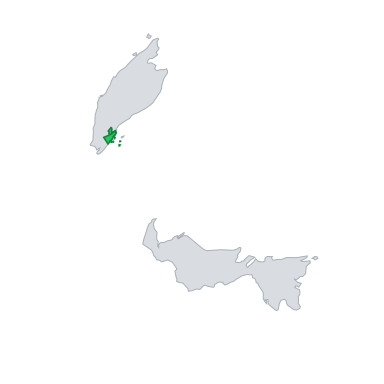 location of Mersing, Johor, Malaysia, rotated 57°
{"feature_id": "92858781B22606211621135", "entity_name": "Mersing", "entity_type": "district", "adm_level": 2, "iso_a3": "MYS", "parent_name": "Malaysia", "parent_adm1": "Johor", "projection": "equal_earth", "projection_center": [104.05, 2.354], "detail": "fine", "context": "in_parent", "style": "filled", "palette": "green", "viewbox_px": 384, "rotation_deg": 57, "n_neighbors": 0, "source": "geoboundaries", "source_scale": "gbopen_adm2", "svg_char_len": 6243}
<svg xmlns="http://www.w3.org/2000/svg" viewBox="0 0 384 384"><g transform="rotate(57 192 192)"><path d="M321.6,190.6L319.6,190.1L316.8,187.8L314.0,187.0L305.9,187.0L304.7,186.3L303.1,187.6L300.2,186.4L298.6,186.6L296.8,188.0L294.2,186.7L293.0,188.8L291.4,190.1L289.6,195.5L289.3,202.1L289.6,206.1L288.8,208.4L288.5,213.0L287.9,215.0L285.6,215.8L284.6,215.2L282.5,218.0L282.0,219.1L282.0,223.6L283.6,225.0L283.5,226.0L280.2,229.7L277.3,231.8L276.8,233.7L278.0,237.6L277.5,239.5L276.0,240.4L274.9,245.5L273.5,248.7L272.9,249.0L270.9,248.0L263.2,249.4L260.9,252.0L258.7,253.6L257.0,252.1L256.1,252.2L248.9,249.4L248.6,246.9L247.9,246.5L240.4,246.7L235.8,249.3L234.1,255.6L231.6,256.3L229.8,258.5L226.6,258.2L224.6,258.8L221.5,257.8L218.5,257.6L209.0,261.7L205.9,258.8L196.7,247.5L195.4,245.5L195.1,242.0L194.0,241.4L193.7,240.5L193.5,239.4L195.0,236.6L196.4,240.3L198.7,242.3L202.7,243.7L206.5,243.2L211.7,246.9L213.4,247.5L215.2,247.3L218.4,250.1L220.4,250.2L217.8,248.3L217.3,246.7L217.6,245.1L219.3,242.8L219.6,239.3L220.9,235.8L221.1,234.2L220.2,233.0L220.0,230.8L220.7,227.8L222.4,229.4L223.9,229.0L223.9,223.6L225.0,221.2L226.8,219.6L244.5,214.2L247.5,212.9L249.4,211.3L255.8,199.8L263.4,189.0L264.4,185.2L264.3,182.5L264.7,181.9L265.6,181.5L267.2,182.9L268.1,184.0L269.7,188.6L271.2,188.7L273.7,193.2L274.3,193.7L275.0,193.4L277.0,190.6L277.5,188.5L277.1,188.2L278.0,185.8L277.2,184.3L276.4,178.8L280.9,174.9L280.9,179.4L282.2,185.8L284.5,186.8L285.6,186.4L285.0,184.4L284.7,180.6L284.1,178.1L282.7,174.9L286.4,174.2L289.3,170.7L289.7,168.6L287.8,167.3L287.1,165.6L287.1,163.9L290.0,159.8L290.3,161.0L292.2,161.3L293.1,161.2L294.3,159.6L295.0,157.2L297.2,153.8L298.4,148.5L304.0,140.1L308.4,130.1L309.3,130.9L309.6,133.6L308.7,138.3L310.6,137.1L314.0,130.5L316.0,131.6L315.9,133.4L316.7,136.8L322.3,141.1L323.2,145.4L321.9,147.1L322.4,151.2L322.0,152.6L320.2,153.8L325.2,152.6L328.1,150.1L330.0,154.2L327.1,155.8L327.7,157.6L330.4,156.6L332.1,155.1L333.7,155.4L336.3,157.1L337.1,158.1L337.6,160.0L339.5,160.8L343.4,163.5L347.0,163.5L348.2,164.9L348.1,168.5L346.3,170.6L339.0,173.5L337.1,173.4L334.3,172.3L332.4,173.0L331.2,176.4L333.5,179.9L337.3,183.4L337.8,184.3L337.1,186.1L328.5,188.8L326.7,188.6L323.5,186.9L321.6,190.6ZM43.3,141.8L44.3,136.9L45.6,136.6L46.9,139.5L51.5,141.7L52.8,141.0L53.4,141.4L54.1,142.1L55.3,146.0L58.2,146.1L58.5,152.2L57.2,154.6L57.0,156.2L59.1,159.1L60.4,158.4L61.4,155.8L66.2,153.3L68.1,156.0L69.9,156.0L71.2,155.0L72.2,151.7L74.1,149.2L74.9,146.1L77.6,146.9L78.7,147.6L81.8,154.2L85.8,158.9L88.9,161.5L90.7,164.0L95.8,176.0L96.4,179.8L96.6,185.8L95.9,194.7L94.9,199.2L95.1,201.3L96.4,204.5L96.0,207.6L96.2,217.2L97.7,220.6L102.1,224.7L108.6,243.2L109.7,248.4L109.1,250.4L107.9,250.9L106.9,249.9L106.3,247.3L104.8,245.3L105.0,248.9L102.2,248.5L100.2,249.1L97.9,251.6L96.8,251.6L94.8,247.0L87.5,241.7L84.8,240.3L81.9,236.3L75.5,231.9L71.4,227.6L69.7,224.9L65.5,222.5L63.7,219.7L61.9,218.2L62.9,215.5L62.0,210.3L59.1,205.6L57.6,202.3L54.9,199.0L52.7,194.9L54.0,193.7L51.9,189.4L51.1,186.2L51.1,180.2L48.9,171.8L47.0,160.1L47.3,156.0L46.9,151.6L43.3,141.8ZM314.2,126.2L313.2,127.4L312.9,124.3L314.2,122.6L316.1,122.3L316.2,125.1L315.7,125.9L314.2,126.2ZM39.0,141.3L40.1,143.6L39.3,144.9L38.6,144.6L37.3,145.6L36.0,143.4L35.8,142.3L37.4,142.5L39.0,141.3ZM223.1,228.3L222.6,228.6L221.8,227.8L221.6,221.3L222.1,220.7L222.9,222.0L223.1,228.3ZM46.8,163.9L45.6,167.0L44.4,166.7L44.6,163.2L45.3,162.7L46.8,163.9ZM326.5,190.2L324.3,190.6L322.8,190.6L323.0,188.8L323.7,188.6L326.5,190.2ZM108.6,221.5L107.5,221.6L107.2,220.7L108.1,218.5L108.6,221.5ZM62.3,216.0L61.5,216.3L61.6,215.0L62.2,214.3L62.3,216.0Z" fill="#d9dde1" stroke="#a8b0b8" stroke-width="1"/><path d="M95.2,229.1L96.6,228.8L97.7,229.9L99.2,229.1L99.1,229.3L99.1,229.5L99.1,230.5L99.2,230.9L99.2,231.1L99.0,231.3L98.9,231.4L98.9,231.5L98.9,231.8L98.1,236.3L106.0,236.3L105.8,235.7L105.6,235.3L105.5,234.9L105.4,234.5L105.3,234.1L105.1,233.7L104.8,233.4L104.5,233.1L104.4,232.7L104.4,232.4L104.4,232.0L104.5,231.8L104.7,232.0L104.8,231.8L104.7,231.5L104.3,230.9L104.3,230.7L104.5,230.5L104.3,230.3L104.1,230.0L103.9,229.9L103.7,229.6L103.3,229.1L103.0,228.7L102.8,228.1L102.6,227.9L102.4,227.3L102.3,227.0L102.2,226.8L102.2,226.4L102.4,226.4L102.5,226.4L102.6,226.2L102.4,226.0L102.3,225.8L102.3,225.4L102.3,225.2L102.2,224.9L101.8,224.5L101.7,224.3L101.5,224.1L101.3,223.9L101.3,223.7L101.3,223.2L101.2,223.2L101.0,223.6L100.6,223.5L100.4,223.4L100.1,223.2L99.9,223.0L99.8,222.9L99.7,223.0L99.3,223.0L99.1,223.1L98.9,222.9L98.7,222.9L98.6,223.1L98.7,223.6L98.8,223.6L98.8,223.4L98.8,223.2L98.9,223.3L98.9,223.5L99.0,223.6L99.0,223.8L99.1,224.1L99.0,224.3L98.9,224.3L99.0,224.5L98.9,224.5L98.7,224.7L98.7,224.8L98.7,225.0L98.8,225.0L98.9,224.8L99.0,224.8L99.0,225.0L98.9,225.2L98.7,225.2L98.6,225.3L98.7,225.5L98.6,225.8L98.8,225.8L99.0,225.8L99.0,226.0L99.2,226.3L99.2,226.5L99.3,226.7L99.3,226.9L99.2,227.0L98.9,227.0L98.9,227.3L96.7,225.9L96.4,225.4L96.2,225.2L95.8,225.2L94.8,224.5L93.8,224.8L95.2,229.1ZM106.6,230.4L106.6,230.5L106.7,230.8L106.8,230.9L106.8,231.0L107.0,231.1L107.3,231.1L107.4,230.9L107.3,230.6L107.2,230.6L107.1,230.4L106.9,230.4L106.8,230.5L106.7,230.4L106.6,230.4ZM113.5,227.3L113.5,227.2L113.4,227.2L113.2,227.2L113.1,227.3L113.1,227.5L113.3,227.7L113.3,227.8L113.4,228.0L113.5,228.1L113.7,227.9L113.7,227.6L113.8,227.5L113.7,227.4L113.5,227.3ZM110.3,224.4L110.2,224.3L110.0,224.5L110.2,224.8L110.3,224.9L110.3,225.0L110.5,225.1L110.6,224.9L110.6,224.7L110.4,224.7L110.5,224.5L110.4,224.5L110.4,224.4L110.3,224.4ZM104.7,227.3L104.7,227.5L104.7,227.8L104.8,228.0L105.0,228.1L105.0,227.9L104.9,227.8L104.9,227.7L104.8,227.4L104.7,227.4L104.7,227.3ZM106.1,232.2L106.1,232.3L106.0,232.2L105.9,232.3L106.0,232.4L106.1,232.5L106.3,232.6L106.3,232.8L106.2,233.0L106.3,232.9L106.5,232.9L106.5,233.0L106.5,232.9L106.4,232.7L106.2,232.5L106.2,232.4L106.2,232.2L106.1,232.2ZM113.1,226.9L113.0,227.0L113.3,227.0L113.3,226.9L113.2,227.0L113.1,226.9ZM102.7,226.9L102.6,226.7L102.6,226.8L102.7,227.0L102.8,227.0L102.8,226.9L102.7,226.9L102.7,226.9ZM104.5,226.9L104.4,226.9L104.4,227.0L104.5,227.0L104.5,226.9L104.5,226.9ZM106.8,233.2L106.7,233.2L106.7,233.3L106.7,233.2L106.8,233.2Z" fill="#22c55e" stroke="#15803d" stroke-width="1.5"/></g></svg>